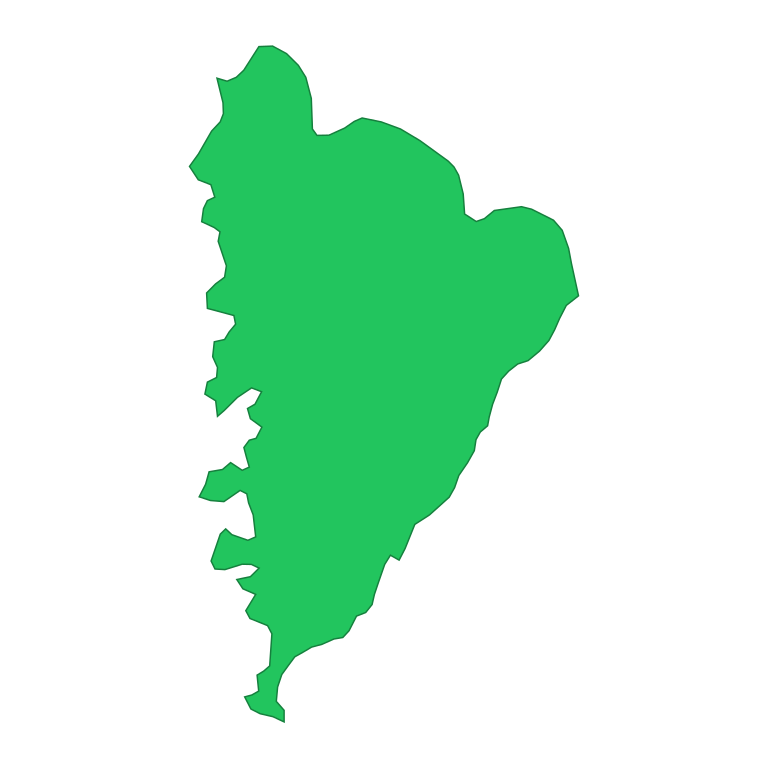 the district of Porto Vitória, Paraná, Brazil
{"feature_id": "56859067B38089005339285", "entity_name": "Porto Vitória", "entity_type": "district", "adm_level": 2, "iso_a3": "BRA", "parent_name": "Brazil", "parent_adm1": "Paraná", "projection": "equal_earth", "projection_center": [-51.239, -26.241], "detail": "fine", "context": "isolated", "style": "filled", "palette": "green", "viewbox_px": 768, "rotation_deg": 0, "n_neighbors": 0, "source": "geoboundaries", "source_scale": "gbopen_adm2", "svg_char_len": 2090}
<svg xmlns="http://www.w3.org/2000/svg" viewBox="0 0 768 768"><path d="M204.9,394.1L215.7,400.8L217.5,416.3L224.2,410.5L237.4,397.4L251.5,387.9L261.6,391.7L255.0,404.2L247.5,408.5L250.4,418.7L261.9,427.1L256.1,438.3L249.3,440.2L243.9,447.5L246.5,457.4L249.3,467.1L242.2,470.3L230.6,462.6L222.5,469.5L209.1,471.8L205.6,484.3L199.2,496.8L210.4,500.5L223.9,501.6L240.1,490.4L246.8,493.8L248.6,502.9L253.2,514.9L255.7,536.9L247.9,540.3L231.9,534.7L225.7,528.9L220.3,534.1L211.1,561.0L215.0,569.0L224.9,569.6L242.2,564.2L251.4,564.4L259.1,568.1L250.4,576.7L236.8,579.5L242.9,588.8L255.7,594.4L245.8,610.7L250.0,618.5L267.6,625.6L271.9,633.8L269.7,665.9L263.7,671.1L257.1,675.1L258.7,691.1L251.8,695.0L244.7,696.9L250.9,709.0L260.1,713.7L273.0,716.7L284.1,721.9L284.1,710.3L276.3,701.4L277.6,687.0L281.8,674.5L288.4,665.4L294.8,656.8L303.5,651.9L311.6,647.1L322.0,644.3L333.9,639.0L342.8,637.5L349.0,630.8L356.5,616.1L365.7,612.5L372.1,604.5L374.4,594.4L378.3,582.8L384.7,564.4L390.4,555.2L399.1,560.1L405.1,548.5L414.8,524.4L429.5,514.9L449.2,497.2L454.6,487.6L458.8,475.5L467.5,462.8L474.3,450.7L476.0,439.6L480.3,432.0L487.6,425.8L489.2,417.0L492.6,404.3L497.2,392.2L501.5,379.0L508.7,371.1L517.7,364.0L528.1,360.6L539.5,351.1L548.9,340.5L554.6,329.8L559.6,318.4L566.3,305.4L578.5,295.8L571.4,263.3L568.6,248.4L562.2,230.3L553.5,220.2L531.6,209.2L521.5,206.7L494.3,210.5L484.3,218.7L476.2,221.5L464.6,214.0L463.2,193.9L458.6,175.2L454.0,167.0L448.3,161.2L419.9,140.6L400.5,129.0L381.2,121.9L362.1,118.0L354.3,121.4L344.6,128.1L328.9,135.2L317.0,135.4L312.4,129.0L311.3,98.4L305.8,77.3L298.3,65.3L286.6,53.7L272.6,46.1L258.9,46.6L243.8,70.2L236.3,77.3L227.1,81.2L217.0,78.2L223.0,102.7L223.4,113.7L220.2,121.9L211.6,131.1L198.5,153.9L189.5,166.4L198.3,179.8L210.9,184.7L214.8,197.2L207.4,200.6L203.5,208.6L201.7,221.7L214.2,227.5L220.0,231.8L218.2,241.3L226.4,265.8L224.6,277.2L215.6,283.9L206.6,293.0L207.4,308.4L233.9,315.5L235.6,324.2L229.2,331.9L224.6,339.5L214.3,341.8L212.7,356.7L217.5,367.4L216.6,377.5L207.4,382.1L204.9,394.1Z" fill="#22c55e" stroke="#15803d" stroke-width="1.5"/></svg>